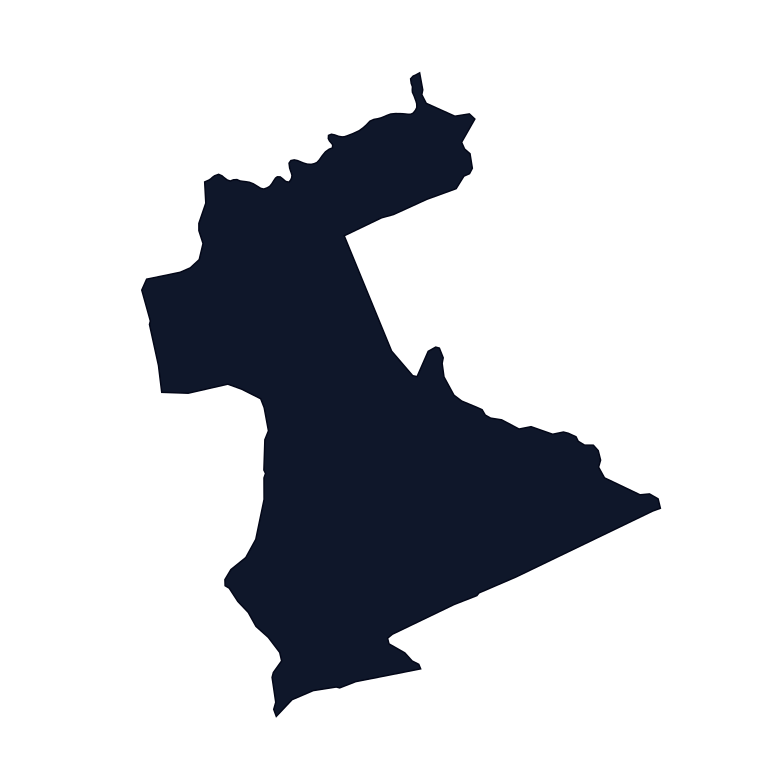 the district of Zapotitlán, Jutiapa, Guatemala, rotated 160°
{"feature_id": "79465075B8015591970970", "entity_name": "Zapotitlán", "entity_type": "district", "adm_level": 2, "iso_a3": "GTM", "parent_name": "Guatemala", "parent_adm1": "Jutiapa", "projection": "orthographic", "projection_center": [-89.829, 14.111], "detail": "fine", "context": "isolated", "style": "filled", "palette": "ink", "viewbox_px": 768, "rotation_deg": 160, "n_neighbors": 0, "source": "geoboundaries", "source_scale": "gbopen_adm2", "svg_char_len": 2595}
<svg xmlns="http://www.w3.org/2000/svg" viewBox="0 0 768 768"><g transform="rotate(160 384 384)"><path d="M244.1,664.2L248.9,663.5L251.3,663.4L254.6,661.7L255.6,657.2L255.6,653.6L256.9,650.6L257.5,648.4L257.2,644.6L257.2,642.2L257.2,638.8L257.4,636.2L258.6,632.6L260.8,630.5L263.9,628.6L266.4,628.3L268.9,629.1L271.5,630.4L274.7,631.9L280.7,634.2L285.4,635.4L289.3,635.4L292.1,635.2L295.7,635.1L299.1,635.4L303.0,636.1L307.3,635.8L312.1,633.4L316.2,631.8L320.8,630.5L327.6,629.9L334.1,629.8L336.6,629.9L338.8,630.5L342.0,632.3L345.1,634.9L348.0,636.7L351.1,636.6L352.4,633.7L352.1,631.1L351.3,629.0L350.4,626.4L351.7,623.5L355.3,623.4L359.6,622.2L364.0,619.6L368.1,616.7L371.2,615.1L374.2,614.9L377.3,615.3L381.0,616.9L384.1,619.2L388.8,623.5L391.7,625.3L395.1,625.8L397.7,624.0L398.8,619.2L398.9,616.4L398.9,614.1L399.1,611.5L400.3,609.3L401.9,607.6L404.3,606.2L407.1,608.0L409.1,611.6L410.7,614.1L413.4,615.2L415.5,614.6L418.5,612.4L420.9,610.5L423.8,608.8L426.7,608.3L430.3,608.3L433.0,610.1L435.1,612.8L438.4,616.9L441.5,619.6L444.7,621.4L447.5,622.8L449.9,624.1L452.3,626.4L455.7,627.4L459.0,627.3L461.5,629.3L463.9,633.0L465.0,635.0L467.7,637.6L472.0,637.6L474.5,636.9L476.6,636.0L478.9,635.5L483.4,635.2L489.6,614.9L503.0,598.3L505.5,591.4L506.0,577.9L515.1,564.1L526.3,559.4L537.3,558.7L571.2,563.7L579.5,555.1L582.0,523.1L584.0,520.2L589.6,478.5L595.7,452.2L571.1,442.3L530.9,437.3L519.5,427.8L504.9,412.3L504.7,402.7L508.6,379.5L515.0,372.4L526.3,344.2L525.9,340.5L528.9,336.8L536.2,316.5L557.6,281.9L573.2,268.2L591.3,262.0L600.4,254.6L602.3,248.8L599.3,245.1L595.7,229.6L589.7,215.8L587.2,200.0L579.4,185.5L573.8,167.4L574.9,158.8L586.6,150.8L589.5,146.6L594.6,121.9L598.9,116.0L598.9,108.5L578.4,118.8L555.4,120.1L532.5,115.6L529.6,113.6L512.5,114.0L447.0,103.8L447.2,108.7L452.3,114.1L456.4,124.2L468.2,138.1L467.6,143.9L461.7,146.0L393.7,152.8L369.1,153.4L366.2,155.2L326.1,157.5L175.1,172.7L166.8,172.7L165.7,182.3L172.1,189.9L181.3,192.3L208.9,220.4L210.8,232.5L206.5,238.4L205.5,248.1L208.2,254.9L216.5,258.0L221.1,263.8L221.6,268.7L227.7,274.7L231.8,277.5L242.7,279.1L260.4,293.6L272.5,295.5L285.7,310.1L295.5,315.5L299.5,320.2L300.6,326.3L304.1,329.7L316.8,341.4L322.1,349.6L325.2,370.2L322.3,383.5L319.4,388.4L319.7,398.8L322.8,401.0L331.3,399.6L350.4,379.6L354.2,382.0L365.6,412.3L370.7,536.9L329.4,541.0L317.2,540.0L280.6,542.9L249.4,542.9L237.8,552.0L231.7,552.4L227.2,556.5L224.4,571.0L227.9,577.3L228.4,584.6L209.9,600.3L208.0,601.9L211.4,608.6L225.8,611.4L248.3,633.3L249.5,643.0L247.0,647.1L244.1,664.2Z" fill="#0f172a" stroke="#020617" stroke-width="1.5"/></g></svg>